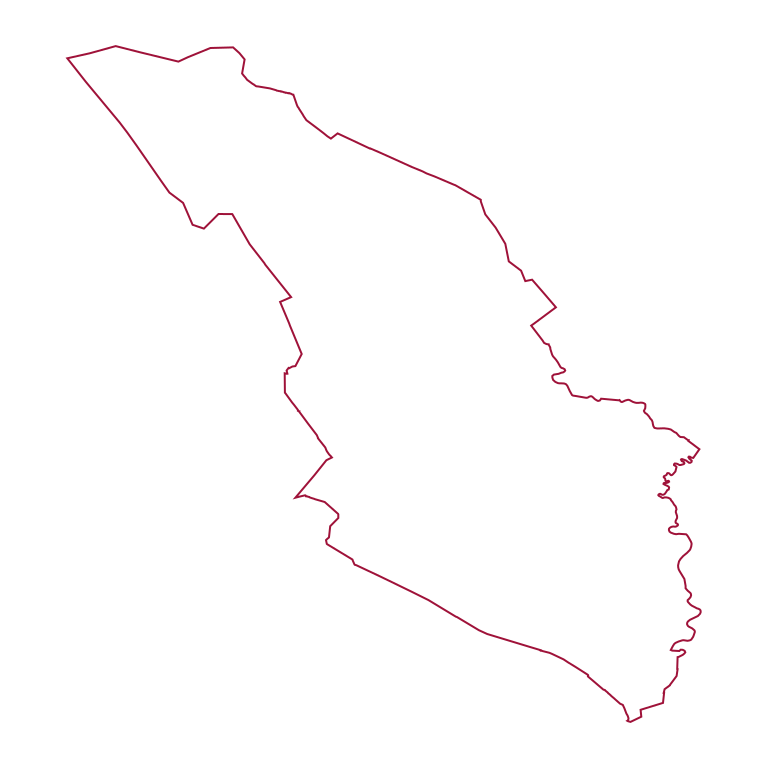 Sēļu pag., Mazsalacas, Latvia (Natural Earth projection)
{"feature_id": "27541924B62426268885110", "entity_name": "Sēļu pag.", "entity_type": "district", "adm_level": 2, "iso_a3": "LVA", "parent_name": "Latvia", "parent_adm1": "Mazsalacas", "projection": "natural_earth1", "projection_center": [25.207, 57.868], "detail": "fine", "context": "isolated", "style": "outline", "palette": "rose", "viewbox_px": 768, "rotation_deg": 0, "n_neighbors": 0, "source": "geoboundaries", "source_scale": "gbopen_adm2", "svg_char_len": 6082}
<svg xmlns="http://www.w3.org/2000/svg" viewBox="0 0 768 768"><path d="M664.6,689.2L669.9,685.3L669.9,685.0L670.1,684.7L676.6,676.0L677.6,669.1L677.2,669.0L677.6,657.1L678.7,656.9L682.7,654.9L684.4,653.5L685.3,652.3L684.6,650.8L682.7,649.8L680.7,649.7L679.3,651.0L673.8,650.7L672.2,650.6L670.8,650.0L672.8,646.2L674.2,644.0L675.5,642.9L678.6,641.5L682.4,640.3L683.7,640.2L687.5,640.8L689.1,640.5L689.9,640.3L691.1,639.7L691.4,639.4L693.1,636.9L693.7,635.4L694.8,632.1L694.8,631.2L694.4,630.3L692.2,628.4L688.9,626.7L687.9,625.9L687.1,624.4L687.1,623.1L687.8,621.6L690.0,619.8L697.9,616.0L700.1,613.7L700.7,612.0L700.5,610.4L699.8,609.5L698.5,608.8L696.8,608.3L695.2,607.4L691.9,605.7L690.3,604.5L688.0,602.0L687.6,601.1L687.7,600.1L689.2,598.7L690.5,597.1L691.1,595.3L690.9,593.9L690.4,593.0L687.7,590.7L685.6,588.3L685.6,585.9L684.4,579.0L679.7,571.3L678.7,569.4L678.2,567.3L678.1,565.3L679.0,561.4L680.5,559.0L683.2,556.0L687.0,552.9L689.8,550.0L690.3,549.1L691.2,546.6L691.6,543.9L691.4,542.8L690.9,541.6L688.8,537.8L687.4,535.6L686.5,534.6L686.1,534.3L678.9,533.8L676.1,534.2L673.9,533.8L670.8,532.6L669.5,531.6L668.9,530.0L669.0,528.8L669.7,527.9L671.3,526.9L673.2,526.5L675.2,526.7L676.4,526.4L677.8,525.4L678.0,524.8L677.7,524.1L675.8,522.9L675.5,522.0L675.8,520.5L677.1,518.0L677.1,516.1L675.8,512.2L675.9,510.9L676.5,509.4L676.0,507.2L675.3,505.9L674.2,504.8L672.6,502.1L671.0,500.2L670.7,499.3L669.7,498.5L668.3,497.8L666.3,497.4L664.6,497.4L662.8,498.0L661.9,497.7L660.3,496.6L658.8,495.8L658.3,495.1L658.7,494.4L659.6,493.9L660.6,493.9L661.9,494.7L662.8,494.8L663.7,494.6L664.9,493.8L666.7,491.2L667.2,490.2L667.6,489.9L668.5,489.7L668.8,489.2L669.1,487.5L668.7,486.7L667.4,485.9L664.5,484.6L663.5,484.0L663.6,483.4L664.2,482.9L666.1,483.0L667.8,482.6L669.1,481.7L668.9,481.1L668.3,480.8L666.5,481.3L665.9,481.1L665.4,480.5L665.3,479.3L665.0,478.4L663.8,477.4L663.7,476.8L664.0,476.2L665.9,475.3L666.7,474.6L667.1,473.4L667.5,473.1L668.4,473.1L669.2,473.4L670.7,475.0L671.2,475.2L672.0,475.0L672.9,474.3L675.4,471.5L676.5,467.0L675.8,466.2L674.0,465.1L674.0,464.3L674.8,463.5L676.8,463.7L678.4,464.4L679.3,465.0L680.7,465.0L683.8,464.1L684.4,463.2L683.8,462.0L681.8,461.1L681.0,459.7L681.4,459.1L682.3,459.1L686.1,460.5L689.1,462.8L690.5,462.7L691.6,461.8L691.7,460.6L689.3,458.7L688.4,457.2L688.9,456.6L689.9,456.7L691.2,457.6L693.3,457.9L699.4,449.2L688.3,440.9L688.6,440.2L687.9,440.1L683.9,437.2L680.4,437.0L678.8,435.8L676.3,432.9L674.5,432.1L670.8,429.5L668.1,428.8L664.1,428.3L657.7,428.5L656.8,428.4L654.5,427.9L653.9,427.0L653.3,425.9L652.8,423.7L652.6,422.2L651.9,420.3L650.1,418.3L649.1,416.6L647.0,414.2L645.0,412.8L644.5,412.1L643.9,410.9L645.2,408.3L645.4,406.1L645.3,404.4L645.0,403.9L643.8,403.2L642.7,402.8L640.9,402.6L638.1,402.9L636.5,402.9L635.1,402.6L632.9,401.9L629.6,400.1L629.0,399.9L628.2,399.8L627.5,399.9L625.3,400.5L622.6,401.8L622.0,402.0L621.4,401.9L620.6,401.5L619.5,400.0L618.7,400.3L601.1,398.7L600.8,399.2L599.8,400.5L598.3,400.9L597.6,400.8L595.7,399.7L594.8,399.1L592.6,397.0L591.7,396.4L590.9,396.2L589.4,396.6L587.7,397.6L586.7,397.8L585.5,397.7L575.8,396.0L573.6,395.7L572.8,395.5L572.0,395.0L569.7,390.9L567.4,385.9L566.1,384.3L564.6,383.6L563.1,383.4L559.2,383.3L557.9,383.1L555.3,381.9L553.1,379.9L552.4,377.7L552.3,376.0L553.9,374.6L558.7,373.8L561.4,372.7L563.1,372.4L564.5,371.5L565.2,370.5L564.6,369.2L563.0,368.3L561.8,368.0L561.0,367.5L560.4,366.9L557.8,362.3L555.9,359.6L553.0,356.3L552.1,354.6L550.4,349.2L550.2,347.4L548.6,344.5L548.6,344.3L547.9,344.3L546.3,344.0L544.1,342.9L542.6,340.5L531.2,325.6L533.9,323.7L555.9,307.3L544.6,294.1L532.1,279.7L525.3,281.1L521.1,270.7L508.8,261.4L505.3,243.8L495.6,227.6L485.3,214.4L480.8,201.4L480.8,199.8L455.3,185.2L453.9,184.7L434.4,176.4L426.5,173.4L422.6,171.4L411.6,166.9L379.5,152.4L370.2,148.4L370.0,148.6L337.6,133.4L330.9,138.6L327.4,136.3L323.6,133.2L317.6,128.6L306.4,120.2L303.8,116.4L302.8,114.6L299.0,108.7L298.5,107.7L298.1,107.3L297.6,106.6L296.8,104.7L293.4,94.8L293.1,94.9L290.9,93.7L289.1,93.3L289.2,93.1L288.9,93.0L288.3,93.3L286.4,92.7L285.5,92.8L284.8,92.3L284.2,92.4L282.5,91.7L281.1,91.6L281.0,91.3L280.6,91.2L279.0,91.1L278.0,90.8L276.7,90.6L276.1,90.2L269.9,88.4L258.4,86.5L256.4,86.3L255.9,86.1L255.3,85.6L254.2,84.9L253.7,84.4L252.8,84.0L247.1,79.8L245.4,77.5L243.7,75.6L242.1,73.5L244.6,59.4L239.4,53.1L233.1,47.4L210.4,48.0L187.9,57.2L178.4,61.6L139.7,52.2L115.7,46.1L89.7,53.3L67.3,58.3L85.8,81.8L119.7,122.6L127.3,132.6L136.8,145.9L161.1,180.9L169.4,192.6L183.1,202.9L192.6,224.8L203.9,228.6L218.5,214.0L232.3,214.1L249.7,244.3L264.4,263.2L265.2,264.6L291.1,297.1L280.1,301.9L289.2,323.5L289.9,325.5L301.7,354.0L295.4,366.1L292.4,366.5L289.2,368.2L288.6,367.9L286.6,370.5L287.4,373.7L286.9,373.8L284.7,373.3L284.9,392.7L285.3,393.1L292.1,402.5L294.0,404.8L297.9,409.9L297.9,410.8L299.0,411.2L298.9,411.3L301.3,414.5L308.1,423.7L316.8,435.1L318.1,438.1L318.0,438.3L324.9,447.0L325.3,447.5L326.3,450.1L326.9,451.3L329.0,454.3L329.8,455.2L330.5,455.8L331.9,457.5L326.4,460.2L314.4,475.2L295.4,497.7L299.2,496.7L305.1,495.3L305.7,495.6L305.9,496.3L306.3,496.4L307.0,496.3L307.6,496.6L309.3,497.0L309.5,497.3L311.4,498.0L314.1,498.8L315.0,499.2L324.7,502.0L338.1,513.9L338.3,514.4L338.3,518.0L330.2,526.2L329.0,537.2L328.9,537.5L326.9,539.2L326.0,540.1L326.8,543.9L327.3,544.3L352.4,559.5L352.6,559.9L352.7,560.4L354.5,564.5L354.8,564.8L356.3,565.2L380.9,576.8L411.4,591.6L428.5,600.1L455.9,616.7L456.9,617.0L478.9,630.2L487.2,634.0L530.7,647.2L540.1,650.0L539.9,650.2L540.8,650.7L541.0,650.4L542.7,651.1L549.4,652.8L551.8,653.8L563.6,659.4L568.1,662.4L576.1,667.3L587.8,674.8L588.1,675.1L588.2,675.3L587.9,676.1L587.9,676.4L588.1,676.6L603.0,689.3L603.5,689.7L604.6,689.9L605.1,690.2L605.2,690.5L607.9,692.7L608.2,693.3L609.4,694.1L609.8,694.6L610.4,695.0L611.2,695.9L614.4,698.6L615.0,699.2L620.1,703.7L622.8,704.9L624.4,708.3L626.4,713.6L627.6,715.6L628.3,717.6L628.5,718.8L627.9,720.4L627.3,720.8L628.0,721.2L630.5,721.9L641.3,716.7L640.6,709.8L663.0,702.9L664.1,692.8L663.7,692.8L664.6,689.2Z" fill="none" stroke="#9f1239" stroke-width="2"/></svg>